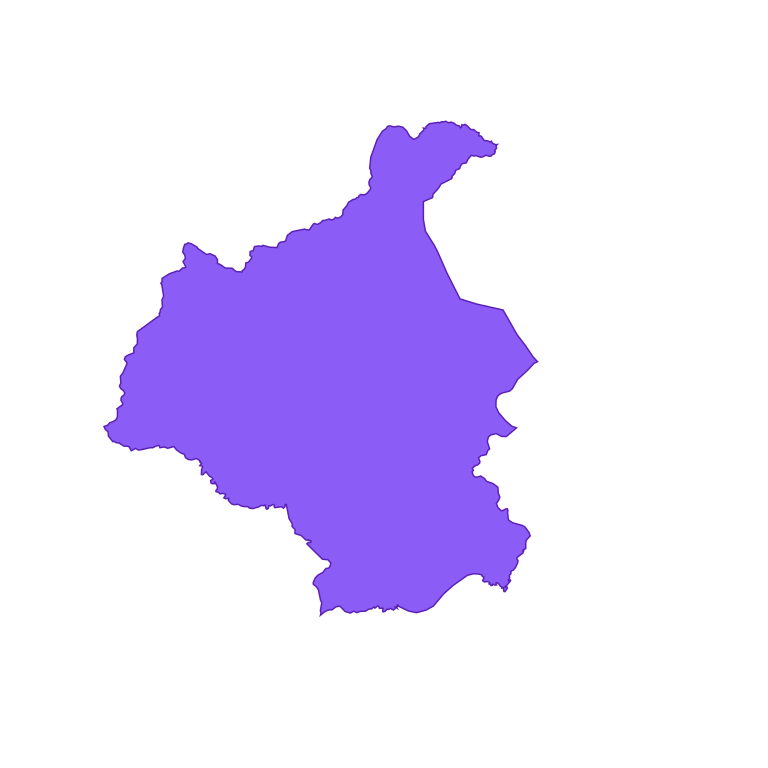 the district of Olmedo, Manabi, Ecuador, rotated 319°
{"feature_id": "8360857B9236921602752", "entity_name": "Olmedo", "entity_type": "district", "adm_level": 2, "iso_a3": "ECU", "parent_name": "Ecuador", "parent_adm1": "Manabi", "projection": "albers", "projection_center": [-80.217, -1.371], "detail": "fine", "context": "isolated", "style": "filled", "palette": "violet", "viewbox_px": 768, "rotation_deg": 319, "n_neighbors": 0, "source": "geoboundaries", "source_scale": "gbopen_adm2", "svg_char_len": 6171}
<svg xmlns="http://www.w3.org/2000/svg" viewBox="0 0 768 768"><g transform="rotate(319 384 384)"><path d="M258.5,577.9L267.3,582.2L275.6,584.0L291.5,581.5L304.4,581.4L321.5,583.1L327.3,586.1L331.0,589.8L332.7,592.6L332.0,593.8L332.7,595.2L331.0,596.7L329.7,596.8L329.5,598.1L329.9,599.3L332.0,600.5L333.5,602.5L333.3,603.4L332.1,603.7L333.0,605.4L332.5,606.2L333.7,607.1L334.8,606.4L335.8,608.6L337.1,609.5L338.0,607.7L338.9,608.1L339.5,609.4L339.2,613.1L339.7,614.4L339.0,615.3L341.4,616.3L339.9,616.5L338.4,619.3L339.0,620.1L343.3,619.0L343.6,618.0L342.5,616.9L343.0,616.3L344.3,616.6L350.5,615.5L350.7,614.6L348.9,614.4L349.2,613.6L351.6,612.7L353.0,610.7L355.4,610.4L357.1,608.5L359.6,609.3L363.0,608.7L367.4,606.7L369.2,605.3L369.7,602.8L370.6,602.2L377.7,602.7L379.1,602.1L379.1,601.3L380.1,601.5L380.2,600.5L383.0,601.2L387.1,596.5L389.0,595.2L394.7,594.5L396.0,591.3L396.6,584.6L395.7,581.7L390.1,573.2L388.8,568.9L389.4,567.1L393.1,561.9L394.5,560.8L395.2,559.2L394.4,558.3L390.1,557.3L389.4,556.4L388.9,552.0L390.4,548.0L394.4,546.9L397.2,545.3L398.8,541.2L402.2,536.6L400.9,530.5L397.6,524.8L397.8,521.2L396.6,516.9L393.9,515.8L391.5,513.8L391.6,510.8L393.0,508.0L394.8,507.8L395.4,505.5L398.8,505.4L401.2,506.4L404.2,506.5L405.5,505.5L406.9,501.7L410.3,501.8L414.8,504.4L418.7,502.3L421.1,502.3L424.2,495.2L427.9,492.5L431.3,492.5L436.1,495.0L438.4,500.7L441.8,503.9L455.2,504.0L452.8,499.8L451.6,491.3L451.7,481.0L453.5,474.6L458.0,469.7L461.4,467.9L463.7,467.6L467.3,468.3L474.0,471.7L477.6,471.8L487.8,468.2L501.8,467.8L510.8,466.8L514.5,467.9L514.3,461.1L515.9,448.2L516.8,434.0L522.4,406.3L506.2,384.2L497.2,369.6L504.4,341.3L511.2,319.4L512.9,312.4L515.5,295.9L521.7,285.6L533.5,272.1L542.9,275.2L545.4,273.0L553.9,271.9L558.2,270.5L569.4,273.3L570.9,272.9L571.4,271.8L575.3,271.6L578.4,269.7L582.4,271.1L584.8,269.6L587.6,269.0L591.0,271.1L595.3,269.4L599.9,268.7L601.6,271.1L603.1,271.8L605.8,276.3L607.3,277.3L611.0,278.2L612.8,281.1L614.5,282.3L616.2,281.9L618.2,282.7L620.4,281.7L620.7,280.4L623.6,279.9L625.0,277.6L626.5,277.5L625.3,276.7L623.7,273.2L624.4,271.3L622.8,270.9L621.8,268.6L619.4,266.0L619.9,261.3L619.7,260.2L618.3,258.8L620.6,256.8L619.1,254.6L618.7,250.9L617.0,249.5L616.4,248.1L616.2,243.6L615.4,241.1L614.1,241.0L613.0,239.4L611.0,240.8L609.8,240.8L610.2,238.6L608.3,235.9L608.0,233.2L606.4,230.3L604.0,229.1L603.0,226.2L600.2,224.9L599.8,223.9L597.1,223.4L596.9,222.4L589.0,217.3L584.6,217.3L583.5,218.5L581.6,216.8L581.6,217.7L580.3,218.5L575.2,218.7L572.1,220.1L566.9,218.9L565.9,213.9L567.1,207.7L566.7,202.6L564.1,198.9L560.2,196.6L557.9,193.1L555.7,191.9L553.1,192.7L548.8,192.1L539.2,195.0L522.8,204.2L514.7,211.8L514.1,214.4L512.4,216.3L511.3,219.7L509.3,220.5L507.6,220.3L505.0,221.8L503.4,224.1L503.0,226.6L501.8,228.0L496.3,229.0L493.3,228.4L490.6,225.6L488.6,225.6L487.2,226.4L485.8,225.5L483.6,225.7L481.8,224.4L476.5,223.6L473.1,225.0L467.2,225.9L464.0,229.1L460.8,229.5L457.6,228.3L456.6,226.3L455.0,226.7L452.0,225.8L450.9,223.5L446.8,221.8L445.2,220.4L441.9,220.7L438.2,219.8L437.0,217.4L435.8,216.9L428.4,218.7L425.5,214.9L414.8,208.8L408.7,208.4L403.7,211.4L402.0,211.0L398.9,209.0L396.7,208.9L392.8,210.8L387.6,205.9L383.5,199.9L381.9,199.8L380.1,197.7L376.4,195.3L372.8,197.5L369.9,196.2L367.1,199.2L367.6,201.1L366.9,202.0L361.8,203.1L359.0,202.0L356.2,204.9L353.3,205.8L351.4,205.4L350.4,206.4L346.1,202.1L345.3,196.9L340.3,192.4L338.8,186.4L337.4,183.8L340.0,180.7L340.5,176.6L338.2,171.5L335.0,169.8L332.3,159.3L332.7,157.8L330.4,151.4L328.7,148.9L326.3,148.7L325.3,147.9L322.0,149.7L318.6,152.5L318.3,155.9L316.4,159.0L312.7,159.7L311.2,165.6L309.8,165.6L308.0,164.2L303.3,164.5L302.1,163.0L294.3,160.0L285.9,158.7L283.4,161.3L281.7,161.5L281.8,162.7L275.8,172.4L274.4,173.7L271.6,174.8L267.3,180.6L264.2,181.1L261.8,183.1L260.7,183.2L259.3,185.4L256.3,184.7L232.2,182.7L229.7,184.7L227.5,188.2L224.1,191.9L219.0,192.5L215.6,196.3L209.0,194.1L206.4,193.8L204.1,195.2L204.0,198.7L203.4,200.0L194.1,204.4L190.1,205.2L186.1,210.6L183.0,212.0L182.3,214.7L183.0,218.1L182.5,220.6L180.8,221.7L177.7,221.5L176.2,222.3L174.7,223.9L174.2,227.0L173.0,228.1L166.2,227.5L165.3,229.4L160.9,234.2L158.0,235.1L154.7,234.6L151.7,233.3L148.4,233.8L144.8,232.4L143.9,235.4L144.4,238.9L141.8,242.7L141.5,249.6L142.6,250.0L143.2,252.3L145.4,254.9L147.0,260.4L149.2,262.2L150.4,264.2L149.5,268.5L154.3,269.7L155.1,272.3L156.4,273.6L165.8,278.7L167.5,280.3L172.1,281.6L173.9,282.9L173.1,285.1L176.8,287.3L178.6,290.6L184.4,293.4L184.2,297.7L185.3,302.2L187.1,306.2L185.9,309.3L186.7,312.5L189.2,315.2L193.3,317.0L194.5,319.8L194.6,321.5L193.9,321.9L194.3,324.1L191.4,324.8L193.0,326.5L193.0,327.3L190.2,328.9L186.8,332.5L187.7,333.6L192.0,333.4L191.9,339.3L192.9,342.1L192.5,343.5L189.8,343.1L188.5,345.1L189.1,346.7L190.4,347.9L192.1,347.2L190.8,352.6L189.2,353.8L187.0,354.3L186.6,355.1L188.0,357.1L188.2,359.4L190.5,360.8L192.1,363.0L191.2,364.0L188.4,364.9L189.3,366.8L191.8,368.5L190.1,369.9L190.3,374.5L191.6,376.6L195.1,379.2L196.2,382.3L198.3,385.1L200.7,387.1L201.0,389.3L203.3,392.0L208.9,394.6L211.7,395.1L213.2,396.7L214.8,397.3L213.2,400.9L213.5,401.7L215.1,402.0L217.2,400.3L218.4,401.5L221.0,402.1L221.6,402.6L221.6,404.0L220.6,404.5L220.5,405.7L226.1,409.4L226.7,411.8L228.7,411.6L230.4,410.1L231.2,410.9L224.0,423.4L223.2,429.1L221.2,431.2L221.3,435.6L218.7,438.4L222.1,444.1L222.7,450.4L223.8,451.8L225.0,452.2L224.8,452.9L226.0,454.3L225.5,455.3L224.2,455.1L222.8,453.9L220.9,454.0L222.6,475.9L226.4,479.9L226.4,484.5L223.0,486.4L221.3,486.6L219.1,485.1L214.1,486.1L209.0,484.9L204.8,485.3L200.2,487.5L199.2,489.0L200.0,492.3L199.5,496.2L194.3,505.5L193.5,508.3L187.4,513.2L186.1,515.6L184.4,516.8L190.2,517.0L194.3,518.3L196.5,520.3L201.2,520.6L204.2,522.0L205.1,523.6L205.4,530.2L208.3,534.8L212.1,535.6L213.6,538.8L216.7,539.9L221.0,543.3L224.8,543.9L227.0,545.5L230.1,545.7L230.2,547.2L233.6,547.3L234.1,548.5L233.4,550.1L236.1,552.6L233.8,554.8L233.8,555.4L235.8,556.3L238.5,556.0L239.7,557.2L241.6,557.6L242.8,560.7L245.0,560.9L246.1,559.6L246.8,561.7L247.1,560.2L248.2,560.8L248.7,559.7L249.3,559.7L249.4,561.7L253.5,571.3L258.5,577.9Z" fill="#8b5cf6" stroke="#5b21b6" stroke-width="1.5"/></g></svg>